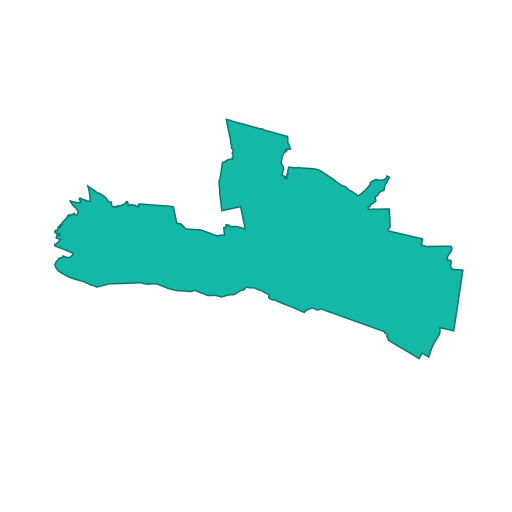 outline of Gura Foii, Dâmbovita, Romania, rotated 256°
{"feature_id": "2599482B74557997064430", "entity_name": "Gura Foii", "entity_type": "district", "adm_level": 2, "iso_a3": "ROU", "parent_name": "Romania", "parent_adm1": "Dâmbovita", "projection": "mercator", "projection_center": [25.309, 44.762], "detail": "fine", "context": "isolated", "style": "filled", "palette": "teal", "viewbox_px": 512, "rotation_deg": 256, "n_neighbors": 0, "source": "geoboundaries", "source_scale": "gbopen_adm2", "svg_char_len": 6086}
<svg xmlns="http://www.w3.org/2000/svg" viewBox="0 0 512 512"><g transform="rotate(256 256 256)"><path d="M364.4,315.4L369.7,305.9L372.8,300.6L374.2,298.0L375.3,295.7L377.7,293.0L378.0,292.4L378.1,291.5L378.4,290.7L386.9,275.9L390.8,268.6L392.7,265.3L393.4,264.8L393.7,264.4L393.8,263.7L395.3,261.2L395.8,260.4L393.7,260.1L383.7,259.7L380.6,259.6L379.6,259.5L378.5,259.3L378.1,259.3L377.5,259.6L374.1,259.3L370.4,258.8L369.7,259.1L368.9,259.1L368.6,258.8L367.6,258.6L366.6,258.5L365.9,258.5L365.3,259.3L364.3,259.2L362.7,259.2L362.0,258.1L361.5,257.8L360.7,257.8L359.5,258.1L358.8,258.2L357.4,257.8L357.5,256.9L355.5,256.4L356.0,255.0L356.2,254.4L356.2,253.4L356.0,251.5L355.7,250.1L355.5,249.4L355.1,248.6L354.9,247.9L354.9,246.0L354.4,245.9L340.8,240.3L337.4,238.2L332.9,237.3L329.5,236.9L326.0,236.1L323.9,235.8L308.2,233.8L307.6,253.0L287.0,252.2L284.5,251.7L285.3,251.0L286.2,249.9L288.7,245.4L289.7,243.4L290.0,240.2L290.3,239.5L290.7,238.9L291.5,237.7L291.8,237.4L292.3,237.4L292.5,237.2L292.6,236.8L293.5,234.8L293.5,234.5L293.4,234.3L291.7,234.2L291.2,234.0L291.0,233.7L291.3,232.3L291.3,231.6L287.8,231.0L283.9,230.7L284.7,227.4L284.9,224.5L285.1,222.7L294.5,209.1L297.4,200.1L298.8,195.7L299.0,195.1L299.3,194.6L300.5,193.6L302.4,192.8L304.6,191.4L305.4,190.7L306.0,189.7L306.9,187.1L308.1,187.2L309.8,187.2L323.7,187.7L324.0,187.4L326.2,181.2L329.4,171.4L334.7,155.4L334.7,154.8L334.5,154.4L334.0,154.2L332.9,154.4L333.0,153.2L332.5,153.1L332.6,152.9L332.9,152.2L333.5,151.8L333.9,151.1L334.6,151.0L334.6,150.4L334.3,149.8L335.3,148.8L336.1,147.5L336.3,146.8L336.4,146.4L336.1,145.9L335.5,145.4L335.8,145.1L335.9,144.4L339.9,144.4L339.9,143.5L339.7,142.7L339.0,142.5L338.7,142.5L338.6,141.6L338.1,141.2L338.0,140.7L338.0,140.4L338.2,139.6L338.1,138.7L337.8,138.2L337.6,137.4L337.3,135.8L337.8,135.7L338.1,133.5L336.9,133.2L337.4,132.6L337.7,132.0L338.0,130.6L338.5,129.0L339.9,128.2L340.9,128.1L343.3,128.8L343.5,127.8L344.0,126.6L344.9,125.9L346.9,125.2L350.6,123.2L354.3,119.7L355.4,117.9L356.2,116.9L359.1,114.7L360.8,112.7L364.6,109.8L359.4,109.8L356.0,109.5L349.2,108.6L349.2,108.2L349.9,106.4L350.0,105.9L349.9,105.3L350.9,104.8L352.1,102.9L352.9,101.5L353.8,100.6L354.6,99.6L354.7,98.7L354.1,98.4L353.7,98.3L352.6,98.7L350.4,99.0L351.0,95.6L351.8,94.0L352.5,92.3L354.4,89.1L353.3,89.2L348.7,91.0L347.7,91.5L347.5,92.3L341.6,94.4L341.3,93.8L340.5,93.2L339.5,92.6L339.2,92.2L339.0,90.9L339.4,90.5L341.3,90.0L340.8,87.2L340.4,86.2L339.9,85.5L341.2,84.9L340.9,83.8L340.5,83.0L339.7,82.3L339.0,82.6L338.0,80.2L336.7,78.4L335.9,77.0L334.2,75.1L333.5,75.7L332.9,74.6L333.6,73.8L332.5,72.6L331.8,73.5L330.8,72.5L331.9,71.0L330.0,70.0L328.8,69.0L329.4,67.6L328.1,66.5L327.4,67.3L326.9,67.0L326.2,68.0L324.5,71.2L323.4,70.7L324.9,68.2L324.1,67.9L322.0,66.5L321.4,67.2L319.2,70.5L316.9,66.7L315.7,63.4L314.8,63.1L314.1,63.8L306.4,74.6L302.8,79.3L302.4,79.3L300.1,76.4L299.8,74.7L299.8,73.1L302.7,68.8L301.6,67.8L301.4,66.8L301.4,65.5L301.7,64.8L301.2,64.0L300.4,63.5L299.6,62.2L299.1,61.1L297.6,59.8L296.1,58.7L293.9,58.8L289.7,60.4L286.7,62.9L281.4,68.7L277.8,73.8L272.8,82.6L267.9,88.8L265.7,92.6L264.4,93.9L264.4,102.0L264.5,106.7L260.5,125.2L257.9,138.1L256.4,140.2L254.8,144.3L253.9,149.6L252.8,153.2L245.2,163.8L241.6,170.8L240.2,175.0L239.2,178.8L237.8,182.1L237.2,185.4L237.5,187.4L237.3,188.3L236.7,189.5L233.5,193.6L232.0,196.1L230.5,198.0L229.4,199.7L228.7,201.6L228.5,203.2L227.5,207.1L225.6,211.1L224.6,212.4L224.8,219.3L224.6,221.8L224.1,223.6L223.9,224.7L224.0,226.6L224.8,228.8L225.7,231.0L226.4,233.6L226.2,235.0L226.0,235.6L226.2,236.0L227.7,238.6L228.0,239.3L227.9,240.1L226.9,241.7L226.2,243.7L225.7,245.9L225.3,247.1L223.6,248.9L223.0,249.7L221.8,251.5L221.2,253.0L218.8,255.0L216.2,258.3L215.8,259.1L213.8,258.9L213.1,258.4L212.4,258.4L211.8,258.7L209.3,261.3L209.6,261.7L209.4,262.5L203.6,270.2L200.4,274.8L196.9,279.7L189.6,289.1L191.4,292.0L191.3,292.5L191.5,293.8L192.0,296.9L192.0,297.8L191.7,298.7L191.0,299.8L189.2,301.7L188.8,302.3L188.6,304.9L188.7,305.7L189.0,306.5L187.8,308.1L185.2,311.8L151.4,362.5L150.3,362.4L149.9,362.6L149.0,364.0L148.1,364.3L147.1,364.0L146.3,363.4L145.9,363.4L144.6,364.0L142.2,364.2L132.4,373.9L128.6,377.9L117.0,389.5L121.7,393.7L116.2,399.1L124.1,404.2L127.4,406.8L135.0,414.4L136.8,415.7L137.9,416.2L139.0,416.5L141.9,417.0L138.7,423.8L135.5,429.7L161.5,440.6L177.7,447.3L192.2,453.3L193.2,450.6L194.2,447.9L194.3,446.4L194.8,445.1L196.0,443.6L197.0,442.7L198.9,442.1L201.3,443.4L203.7,443.8L204.4,444.2L206.3,440.3L207.8,441.0L210.2,442.7L213.6,446.7L214.7,447.5L216.6,448.0L218.1,447.6L219.6,442.4L224.0,423.7L226.8,419.0L232.2,421.8L233.7,419.0L248.5,390.2L249.1,390.0L251.8,393.2L269.3,396.7L270.3,392.9L271.8,386.1L273.5,379.5L273.5,377.4L275.7,376.1L276.9,379.0L277.9,379.3L278.4,380.0L278.6,381.8L279.6,383.9L279.9,385.0L280.5,385.6L281.7,385.8L282.6,385.6L283.7,385.7L284.6,386.1L284.8,386.7L284.8,387.3L285.3,388.3L286.0,388.9L286.3,389.7L287.1,390.1L288.4,392.6L288.7,394.3L288.5,395.2L288.7,395.9L290.1,396.9L292.2,397.6L293.9,398.5L295.8,401.0L297.0,401.4L298.0,402.2L298.3,403.0L300.1,404.5L301.9,402.6L301.3,402.2L300.4,401.3L299.6,400.4L299.2,399.4L299.1,396.9L299.1,396.1L299.4,395.2L300.1,393.3L300.8,391.8L301.2,390.9L301.0,389.1L300.7,387.7L300.0,385.4L299.5,384.8L298.4,384.4L297.6,383.7L295.0,380.3L293.4,378.0L290.0,370.9L289.5,369.5L292.0,367.8L295.6,364.4L298.0,361.7L300.3,360.4L302.2,358.9L302.6,358.4L302.8,357.2L305.0,355.1L306.8,353.4L312.0,349.3L321.4,340.7L323.7,338.4L325.0,336.4L326.6,333.3L330.5,321.2L331.5,318.7L331.8,317.7L331.7,316.5L332.0,315.5L333.3,312.3L334.2,309.1L332.6,308.4L330.3,307.2L329.7,307.0L329.2,306.9L327.9,307.1L327.9,306.7L328.1,306.2L328.0,305.9L327.7,305.8L325.8,305.2L323.7,304.7L324.3,302.9L326.0,303.7L328.2,300.5L333.9,303.9L335.9,304.0L338.2,303.4L339.8,302.8L340.7,303.0L343.9,304.6L346.2,305.5L346.6,305.8L349.5,308.2L349.3,308.9L349.5,309.2L350.0,309.4L350.5,309.9L350.6,311.3L352.0,310.9L351.4,315.4L353.7,315.0L354.6,315.1L357.2,314.6L359.2,314.4L362.0,315.3L363.4,315.4L364.4,315.4Z" fill="#14b8a6" stroke="#0f766e" stroke-width="1.5"/></g></svg>